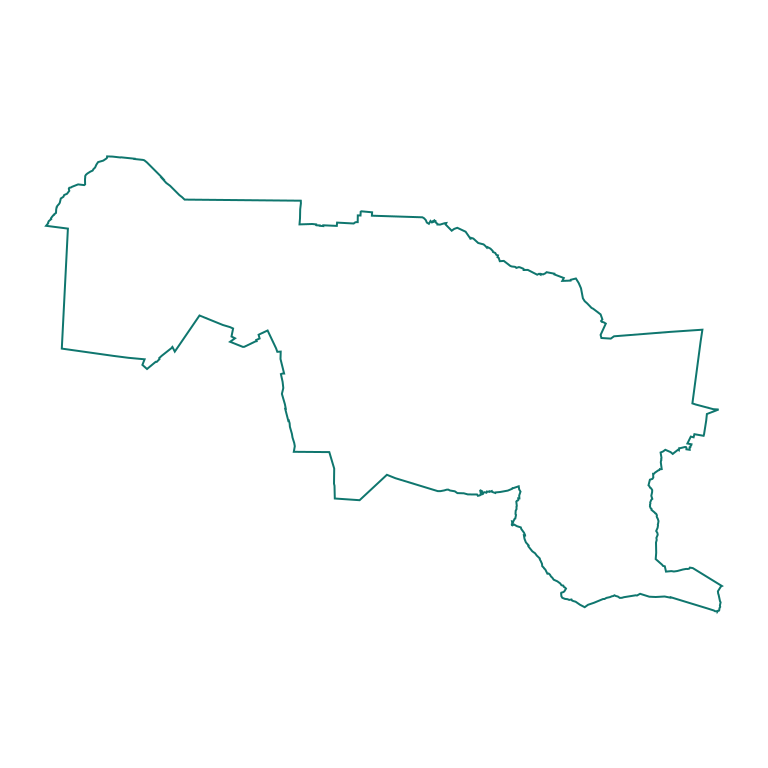 Loreto, Zacatecas, Mexico
{"feature_id": "50627088B14254391912134", "entity_name": "Loreto", "entity_type": "district", "adm_level": 2, "iso_a3": "MEX", "parent_name": "Mexico", "parent_adm1": "Zacatecas", "projection": "natural_earth1", "projection_center": [-101.92, 22.274], "detail": "fine", "context": "isolated", "style": "outline", "palette": "teal", "viewbox_px": 768, "rotation_deg": 0, "n_neighbors": 0, "source": "geoboundaries", "source_scale": "gbopen_adm2", "svg_char_len": 6085}
<svg xmlns="http://www.w3.org/2000/svg" viewBox="0 0 768 768"><path d="M113.5,355.9L128.4,357.8L144.6,359.3L142.4,364.9L147.0,369.0L155.7,361.8L156.7,361.9L159.5,359.1L159.2,358.1L161.7,355.8L172.1,347.6L172.1,347.2L172.4,346.9L174.8,351.6L199.5,315.5L222.9,325.0L230.0,327.1L233.1,328.5L231.5,336.5L235.0,338.3L230.1,341.8L242.9,346.9L244.3,346.8L255.5,341.4L256.6,341.2L256.2,340.0L259.6,338.5L258.6,334.7L267.6,330.5L276.1,348.4L277.3,351.8L280.7,351.6L280.5,359.0L284.1,373.5L282.6,373.5L280.9,374.1L282.6,381.8L283.3,388.0L281.9,393.9L284.9,404.2L285.8,408.8L285.2,408.8L288.3,420.8L288.8,420.5L289.6,423.2L289.9,426.8L291.9,433.8L292.5,437.5L294.2,442.9L294.8,446.2L293.8,451.8L329.3,452.1L334.2,468.6L334.0,483.7L334.5,485.8L334.8,498.5L359.6,500.2L386.9,474.8L395.4,478.2L437.7,491.1L440.6,491.1L444.3,490.4L446.6,489.7L448.2,489.6L450.0,490.5L454.8,491.3L457.4,493.1L463.8,493.3L467.8,494.4L477.1,494.5L477.9,495.8L479.7,495.4L480.9,494.7L480.6,494.1L480.9,493.5L480.2,490.7L480.5,490.4L482.0,491.2L481.4,493.1L482.6,494.1L483.1,493.8L483.5,492.5L484.6,492.2L486.4,492.7L486.9,491.5L488.0,491.8L489.3,491.3L489.6,491.8L491.8,491.0L492.1,491.9L495.4,493.0L495.7,492.4L500.1,492.0L507.8,490.6L512.1,488.8L512.5,488.1L513.1,488.2L518.7,486.3L519.2,489.5L520.5,491.6L519.2,495.5L519.4,498.3L518.2,498.3L518.4,499.8L517.7,500.6L516.9,500.8L516.3,501.6L516.8,506.0L516.5,506.5L516.5,509.2L515.7,510.7L515.5,514.1L516.0,514.9L515.3,518.5L514.6,518.8L514.2,519.8L513.7,520.4L512.8,523.0L512.7,522.2L512.8,522.4L513.0,521.9L512.0,521.5L512.3,523.4L511.8,524.2L511.9,525.1L512.4,525.4L514.0,524.5L517.0,526.2L520.8,527.4L521.3,529.0L524.0,532.7L525.1,535.2L525.1,535.5L523.9,535.3L524.5,538.8L525.9,542.4L528.6,545.4L528.2,545.9L528.7,546.8L532.3,551.3L535.1,553.3L536.7,555.5L539.8,558.5L539.8,559.4L541.1,561.7L541.3,562.5L541.9,563.4L542.3,566.3L543.8,567.7L544.0,568.3L545.3,569.5L547.4,573.7L548.6,573.5L549.9,574.6L551.0,576.5L552.3,577.7L553.7,579.7L557.3,581.3L560.3,583.5L561.1,584.8L562.0,585.4L563.3,585.6L563.8,586.8L565.2,587.7L566.0,588.6L564.3,591.4L563.3,592.1L561.3,592.7L561.1,593.2L561.4,596.3L562.3,597.8L565.0,598.9L567.5,599.2L569.2,599.9L571.5,599.5L571.9,600.4L573.1,601.0L575.6,601.7L580.1,604.8L584.7,607.2L588.0,604.8L593.9,602.8L603.1,599.0L604.5,599.0L606.4,597.9L610.0,597.1L611.8,596.3L613.4,596.0L614.4,595.3L615.8,596.0L617.8,596.5L619.8,597.9L621.9,597.8L623.9,597.2L635.7,595.3L637.0,595.5L640.1,593.8L649.3,596.7L655.7,597.0L664.6,596.5L670.5,597.7L670.6,597.2L707.6,608.5L713.9,610.5L715.0,611.2L716.4,611.3L717.3,611.0L717.4,611.6L717.8,611.0L719.0,610.6L719.2,610.3L719.5,608.1L720.2,606.9L719.9,605.5L720.6,602.3L720.0,601.2L718.6,594.7L718.2,593.7L717.9,591.3L720.9,586.5L721.9,586.0L692.8,568.1L689.9,567.6L689.3,568.6L687.7,569.0L686.2,568.9L682.9,569.5L677.4,571.0L673.9,571.5L671.4,571.1L666.0,571.6L664.8,566.3L663.0,565.9L662.2,564.8L655.7,559.1L656.2,552.8L656.0,542.5L656.7,540.0L656.4,537.9L657.7,534.8L657.4,533.0L656.2,531.0L657.6,527.8L658.0,525.3L657.8,524.5L658.1,523.6L658.5,521.1L657.6,518.3L657.1,517.7L656.7,516.4L656.9,515.4L656.6,514.6L656.1,513.7L655.2,513.3L654.9,512.7L651.5,509.9L651.6,509.1L650.6,508.1L649.9,506.2L650.1,505.2L650.0,504.6L650.4,503.5L650.2,502.7L650.5,501.6L651.5,499.5L652.3,498.9L651.3,495.8L652.1,492.2L652.2,490.1L651.1,488.3L650.0,487.6L649.5,486.4L648.5,485.3L649.9,479.7L652.4,478.9L653.3,477.5L653.1,473.9L653.7,474.0L654.9,472.7L658.4,470.3L659.2,470.1L659.8,469.1L660.3,469.3L661.7,469.1L660.8,462.4L661.0,460.7L661.4,460.0L661.1,459.0L661.5,458.0L660.6,452.5L663.0,451.5L665.3,449.8L670.6,452.1L672.7,453.9L678.2,449.6L678.9,450.2L679.3,448.2L679.6,448.3L685.0,447.0L686.0,447.1L686.4,447.8L686.4,449.3L689.7,449.8L689.6,447.4L690.3,447.2L690.3,446.3L691.2,445.4L691.5,444.3L687.4,443.5L690.8,436.6L693.6,437.3L694.4,434.2L703.6,435.8L704.0,434.5L706.2,420.6L706.9,414.0L718.6,409.5L713.4,409.2L695.7,404.5L692.4,403.4L700.6,341.6L702.4,329.7L669.9,331.9L614.0,336.3L610.8,338.6L601.4,338.0L600.6,334.9L605.8,323.6L603.7,322.3L601.7,321.8L601.1,321.0L602.4,319.4L600.6,314.4L593.1,308.7L591.5,307.9L587.2,303.4L584.7,301.2L582.9,298.3L581.0,288.3L578.7,283.0L575.9,278.5L570.7,279.8L570.6,280.6L562.3,280.9L563.8,278.0L554.3,274.4L554.4,273.7L546.6,272.2L545.2,273.4L543.1,274.4L540.7,273.9L540.6,274.7L539.0,273.8L537.2,274.7L527.8,269.9L523.6,270.0L523.5,268.8L520.1,267.4L518.9,267.1L516.3,267.9L515.8,267.2L514.8,266.8L511.9,266.5L510.4,266.0L503.8,260.9L499.8,261.2L498.7,257.9L497.5,257.2L498.0,255.4L496.3,254.8L495.3,253.0L492.9,251.9L492.7,250.9L490.4,248.6L487.5,247.1L487.0,247.8L485.4,246.0L483.6,244.4L478.2,243.0L473.4,238.6L472.4,238.2L471.1,238.5L471.3,238.0L470.7,237.7L470.4,237.7L470.1,238.2L465.6,231.7L457.3,227.8L454.2,228.9L451.7,230.7L445.6,224.5L446.3,223.0L444.6,223.2L440.1,224.6L437.4,224.5L437.4,223.8L435.8,222.5L435.5,221.0L434.8,220.8L434.5,221.0L434.3,220.4L433.3,221.0L433.7,221.8L432.3,222.3L432.1,221.7L431.5,222.1L430.5,221.0L428.9,223.8L426.8,222.5L425.8,220.1L424.0,218.2L422.4,217.3L371.9,215.7L372.1,212.3L361.4,211.3L360.7,211.7L360.5,215.5L357.8,215.4L357.7,222.1L356.1,222.1L354.8,222.6L353.7,223.5L337.1,222.6L336.8,225.9L323.3,225.3L323.3,226.1L319.7,225.8L319.7,225.4L316.6,225.3L316.2,225.2L316.2,224.4L312.2,224.0L299.5,224.4L300.0,218.4L300.2,209.2L300.9,203.3L300.8,200.7L184.6,199.6L182.1,197.2L179.4,195.1L170.1,185.8L166.2,182.9L162.2,178.5L162.9,178.6L160.8,176.3L146.9,162.4L144.3,160.3L142.9,159.9L134.4,159.0L134.5,158.7L120.9,157.3L120.5,157.5L112.7,156.6L107.1,156.4L107.0,157.8L106.4,158.5L103.3,160.6L98.1,162.1L96.4,164.6L95.1,167.5L93.4,169.2L92.6,170.6L90.4,171.6L87.4,173.5L85.9,174.8L85.2,176.1L85.2,177.7L85.0,179.0L85.1,184.4L84.2,185.1L78.1,184.4L72.0,186.8L70.9,187.5L69.3,187.8L68.8,188.8L69.3,190.8L67.0,193.8L64.2,195.0L63.4,196.8L60.8,198.5L59.8,202.7L59.1,203.9L57.3,205.9L56.8,207.3L56.6,207.3L56.2,209.3L56.0,212.9L54.7,213.9L54.2,214.7L53.9,214.6L52.1,216.7L50.9,218.4L51.2,219.1L48.8,221.1L48.1,222.6L48.2,223.2L46.1,225.8L67.9,228.6L61.8,348.6L113.5,355.9Z" fill="none" stroke="#0f766e" stroke-width="2"/></svg>